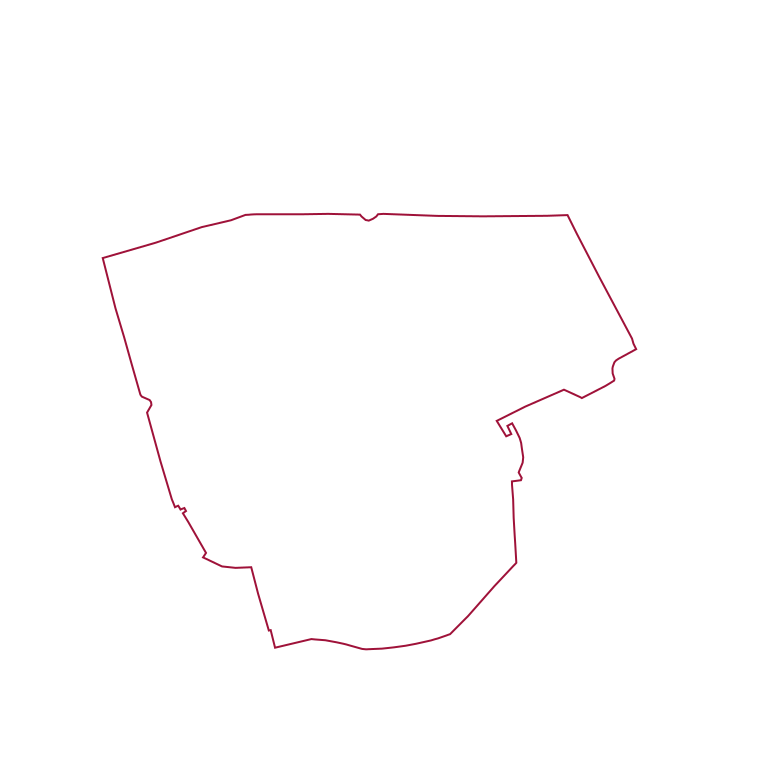 Abdin, Al Qahirah, Egypt (orthographic projection), rotated 60°
{"feature_id": "37247803B10880133914548", "entity_name": "Abdin", "entity_type": "district", "adm_level": 2, "iso_a3": "EGY", "parent_name": "Egypt", "parent_adm1": "Al Qahirah", "projection": "orthographic", "projection_center": [31.247, 30.046], "detail": "fine", "context": "isolated", "style": "outline", "palette": "rose", "viewbox_px": 768, "rotation_deg": 60, "n_neighbors": 0, "source": "geoboundaries", "source_scale": "gbopen_adm2", "svg_char_len": 1929}
<svg xmlns="http://www.w3.org/2000/svg" viewBox="0 0 768 768"><g transform="rotate(60 384 384)"><path d="M473.8,147.8L468.7,146.5L399.4,144.1L350.7,141.9L349.0,141.8L347.3,141.7L329.5,140.6L319.8,158.8L288.2,214.6L265.0,253.9L236.4,299.4L234.0,304.3L235.1,307.0L235.1,307.4L235.4,310.9L234.9,315.5L233.8,316.7L232.8,317.9L227.7,319.7L226.5,319.9L225.3,320.1L208.8,347.2L196.2,369.8L172.4,411.1L170.7,414.5L169.8,416.5L168.3,419.4L165.7,434.6L157.0,463.4L147.5,511.0L134.3,564.6L184.2,578.7L213.7,585.7L239.9,592.4L271.4,600.3L272.6,600.2L273.9,600.0L275.4,598.9L280.7,595.0L283.2,594.8L285.9,595.9L290.3,603.5L339.4,616.3L377.8,625.4L381.6,625.9L386.2,626.6L386.4,623.8L386.5,623.1L388.2,623.0L391.0,623.0L391.1,621.8L391.6,618.9L395.0,619.0L395.2,621.2L395.4,622.8L405.4,622.5L441.3,622.6L442.5,625.0L443.7,627.4L461.0,615.5L469.0,604.5L476.3,590.6L502.7,597.9L539.9,607.0L540.2,606.1L540.5,605.2L557.9,610.2L568.6,574.4L570.7,571.5L572.0,569.6L576.6,562.9L584.0,554.2L588.6,549.1L590.8,546.8L593.1,544.6L597.7,540.1L602.5,535.4L604.8,532.2L607.6,526.8L612.2,518.0L613.4,515.3L614.6,512.6L617.1,506.9L621.5,496.1L625.0,486.1L629.6,471.4L630.4,467.9L631.3,464.5L633.0,455.6L633.3,453.7L633.7,451.9L629.1,435.0L628.1,431.3L627.1,427.5L614.2,389.3L606.1,362.5L605.6,360.6L605.0,358.8L587.7,350.1L580.4,346.5L564.7,338.6L548.6,329.9L535.2,323.5L533.8,322.7L532.3,321.9L534.5,316.7L535.8,313.5L535.0,312.6L534.2,311.7L531.7,311.7L528.0,311.6L526.9,310.3L525.9,309.0L521.5,303.3L519.3,301.7L517.1,300.1L508.7,296.8L503.6,294.7L501.1,294.1L498.6,293.5L490.1,292.9L482.1,292.7L482.0,298.1L487.3,298.5L491.0,298.8L490.4,304.3L472.3,304.8L474.2,273.0L478.9,231.0L493.4,220.7L494.2,220.2L495.1,219.7L496.4,193.2L496.3,187.9L496.1,183.0L494.8,181.8L489.2,180.7L487.1,179.6L484.8,178.4L483.3,177.1L480.4,173.6L479.6,171.2L479.5,169.4L479.4,168.2L479.9,148.2L475.4,147.9L473.8,147.8Z" fill="none" stroke="#9f1239" stroke-width="2"/></g></svg>